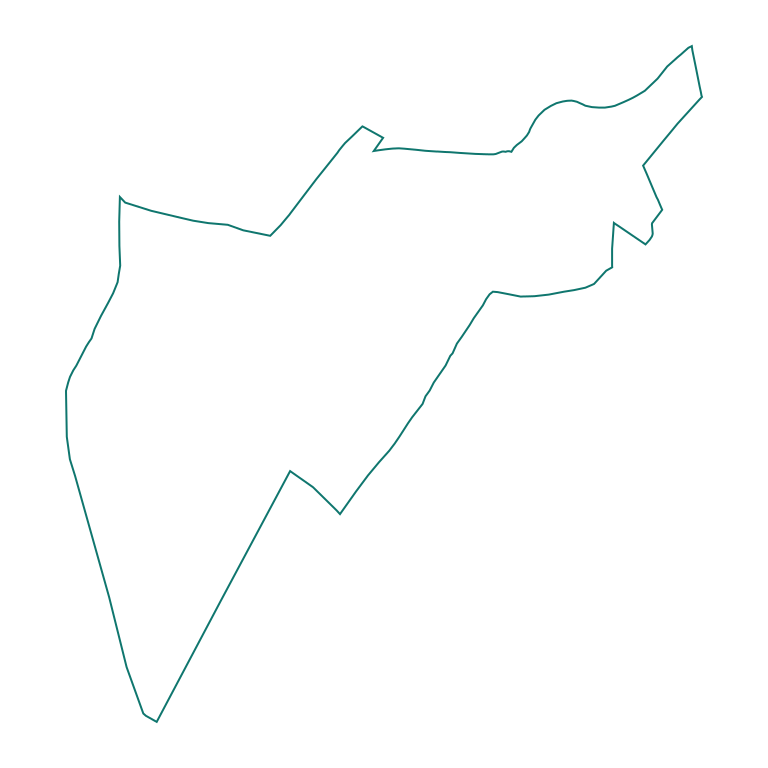 the district of San Lorenzo Axocomanitla, Tlaxcala, Mexico
{"feature_id": "50627088B69259006758588", "entity_name": "San Lorenzo Axocomanitla", "entity_type": "district", "adm_level": 2, "iso_a3": "MEX", "parent_name": "Mexico", "parent_adm1": "Tlaxcala", "projection": "albers", "projection_center": [-98.255, 19.215], "detail": "fine", "context": "isolated", "style": "outline", "palette": "teal", "viewbox_px": 768, "rotation_deg": 0, "n_neighbors": 0, "source": "geoboundaries", "source_scale": "gbopen_adm2", "svg_char_len": 2436}
<svg xmlns="http://www.w3.org/2000/svg" viewBox="0 0 768 768"><path d="M69.9,459.3L75.1,476.0L109.2,597.4L126.6,667.1L143.3,713.5L145.9,715.8L156.7,721.9L221.0,600.4L290.1,471.1L313.0,487.2L336.6,510.4L340.0,514.1L356.0,491.5L368.0,475.4L379.0,462.2L389.2,450.8L392.3,446.7L394.6,443.7L399.5,436.5L408.1,423.1L412.2,417.2L422.6,403.9L425.5,396.3L429.7,390.5L433.8,382.5L445.6,365.5L450.3,355.8L452.6,353.3L456.9,343.6L461.7,336.9L469.7,325.0L473.7,318.3L482.9,305.3L486.1,299.2L489.6,294.3L492.9,291.7L497.7,292.1L505.5,293.6L509.6,294.4L520.7,296.6L522.8,296.5L527.5,296.4L534.4,296.2L538.0,295.8L548.8,294.6L564.0,291.7L574.1,290.1L585.4,287.7L592.6,284.6L594.1,283.9L606.2,270.7L612.2,267.3L612.1,265.7L612.1,261.2L612.1,248.8L613.9,222.9L615.1,223.8L618.6,226.1L645.5,244.4L649.6,239.9L651.9,236.5L652.5,234.8L652.7,233.5L651.9,224.4L652.1,223.2L662.2,209.8L661.1,207.3L659.6,203.8L659.4,203.3L657.9,199.7L656.6,197.3L651.6,185.5L646.9,174.3L643.1,165.6L663.9,140.2L673.1,129.1L673.9,128.1L677.6,123.6L699.5,99.5L702.0,96.9L701.5,95.6L700.9,92.3L699.7,86.8L695.8,67.2L692.4,50.5L691.8,46.1L688.4,47.8L684.0,51.7L681.0,54.4L677.6,57.2L667.2,66.5L657.6,78.6L644.8,90.8L636.8,95.6L632.8,97.8L628.7,99.8L623.6,102.1L614.9,105.8L611.4,106.6L604.9,107.6L599.1,107.6L591.9,107.1L585.3,105.7L582.6,104.3L580.0,103.2L577.0,101.8L573.8,101.0L571.5,100.6L567.2,100.8L562.8,101.5L556.4,103.2L550.9,105.9L544.5,109.8L538.6,115.5L535.4,119.6L530.4,128.5L529.9,129.7L529.1,132.0L526.9,135.5L524.8,137.9L521.7,141.3L516.8,145.0L513.9,147.8L511.4,151.8L509.0,151.2L507.1,151.3L505.7,151.8L505.0,151.7L503.5,151.5L502.0,151.6L495.7,154.0L493.6,154.3L488.0,154.3L484.0,154.2L481.6,154.1L475.4,153.9L459.4,152.9L450.2,152.2L445.1,152.0L437.1,151.5L436.0,151.5L425.5,150.8L416.3,149.8L404.4,148.7L398.8,148.3L392.4,148.6L385.7,149.3L379.0,150.2L375.0,150.8L373.8,151.0L374.5,150.0L383.1,137.8L363.1,126.7L362.4,126.4L352.1,136.4L345.1,143.0L342.9,145.6L339.1,150.3L337.5,152.7L324.8,168.6L316.6,178.8L304.5,194.7L290.4,213.3L289.4,214.7L285.6,219.2L280.7,225.1L270.6,235.4L270.2,235.8L243.2,230.3L227.8,224.8L208.3,223.1L193.2,220.7L182.0,218.1L151.2,210.8L125.2,202.6L119.9,197.0L119.2,221.6L119.4,245.9L120.2,265.6L118.8,273.8L117.6,282.2L113.1,293.3L108.1,302.9L101.0,315.9L94.6,328.9L91.5,338.5L89.0,342.0L86.1,346.6L76.3,365.7L73.3,370.3L70.0,376.9L68.2,382.4L66.0,390.8L66.8,436.8L69.9,459.3Z" fill="none" stroke="#0f766e" stroke-width="2"/></svg>